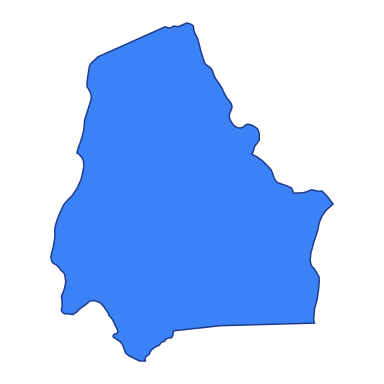 outline of Coolie Town, Laborie, Saint Lucia
{"feature_id": "8701671B72346500642507", "entity_name": "Coolie Town", "entity_type": "district", "adm_level": 2, "iso_a3": "LCA", "parent_name": "Saint Lucia", "parent_adm1": "Laborie", "projection": "mercator", "projection_center": [-60.967, 13.77], "detail": "fine", "context": "isolated", "style": "filled", "palette": "blue", "viewbox_px": 384, "rotation_deg": 0, "n_neighbors": 0, "source": "geoboundaries", "source_scale": "gbopen_adm2", "svg_char_len": 3508}
<svg xmlns="http://www.w3.org/2000/svg" viewBox="0 0 384 384"><path d="M62.8,312.6L65.1,314.0L66.8,313.6L68.6,314.0L72.9,314.5L76.2,312.4L80.5,308.2L82.9,306.6L87.0,303.7L89.8,301.0L94.4,300.6L99.8,302.6L103.1,305.7L108.1,312.9L108.7,315.1L112.6,319.6L115.0,325.0L117.6,330.1L117.9,332.1L116.3,333.9L114.8,333.9L113.3,335.2L113.1,337.0L118.3,340.4L120.3,341.7L122.9,345.3L125.5,352.9L128.7,355.6L132.2,357.4L134.6,358.5L139.4,361.0L141.8,361.0L145.4,361.0L145.0,358.5L146.1,356.5L149.1,354.5L151.1,350.2L155.4,346.9L159.3,345.1L161.5,342.2L164.8,341.3L165.2,339.7L168.9,337.7L171.3,337.9L172.8,335.7L173.5,330.8L220.3,325.7L314.4,323.1L313.7,320.2L313.9,315.7L314.6,308.4L317.0,300.1L318.6,289.4L319.2,281.2L319.0,276.7L314.6,269.2L311.3,265.6L310.2,260.9L310.8,253.4L313.9,242.0L317.7,230.5L319.3,222.5L321.9,216.3L326.1,210.3L332.1,204.9L333.1,204.1L327.3,196.4L322.0,191.0L318.5,191.3L311.5,189.8L306.2,191.9L302.7,192.8L295.9,193.1L293.6,193.1L291.6,188.0L287.5,186.1L277.2,182.5L274.6,179.2L272.5,173.2L271.0,169.6L265.2,163.5L262.3,160.8L257.6,157.2L251.7,154.2L253.2,151.8L254.4,146.9L259.3,140.0L259.3,133.7L257.6,128.9L254.6,126.7L253.3,126.0L252.3,125.4L250.7,124.8L249.4,124.5L248.1,124.2L246.5,124.5L245.0,125.5L243.3,127.1L241.5,127.7L239.9,128.0L238.3,127.8L236.8,127.4L235.5,126.6L234.3,125.7L233.0,124.5L232.1,123.1L231.1,121.7L230.4,120.2L230.0,119.2L229.5,117.8L229.3,116.9L229.3,115.4L229.4,114.5L229.9,113.0L230.3,111.9L230.8,110.7L231.2,110.0L231.7,108.7L232.0,107.2L232.0,106.6L231.8,105.6L231.4,104.3L230.7,102.9L229.0,100.4L227.8,99.2L226.8,97.8L225.9,96.2L225.0,94.7L224.2,93.1L223.4,91.5L222.3,88.9L221.3,87.1L220.1,85.1L219.0,83.5L217.9,81.9L217.0,80.7L216.3,79.7L215.6,78.5L214.8,77.1L214.0,75.5L213.7,74.7L213.2,72.8L212.7,71.6L211.8,69.6L211.3,68.8L210.4,67.9L209.3,66.9L207.7,65.9L206.8,65.2L205.6,64.2L204.9,63.0L204.4,62.2L203.9,60.7L203.3,59.2L202.8,57.3L202.5,56.3L201.8,54.3L201.1,52.2L200.4,49.4L199.8,47.0L199.4,45.3L198.9,43.2L198.3,41.3L198.0,39.9L197.5,38.6L197.0,37.5L196.5,36.3L195.6,34.8L195.0,33.4L194.5,32.1L193.9,30.4L193.7,28.7L193.2,25.9L191.5,24.5L188.6,23.4L186.8,23.0L183.2,24.5L180.6,25.7L179.0,26.4L177.1,26.6L173.8,26.1L170.2,27.9L168.6,27.9L165.1,26.8L101.4,55.3L99.4,56.2L97.8,56.9L94.5,60.2L92.2,62.1L90.9,63.4L89.4,66.3L87.9,75.7L87.1,81.8L87.0,84.8L87.1,86.6L87.9,88.0L90.5,92.7L91.2,95.8L91.3,98.6L88.9,106.5L85.9,115.9L84.5,120.7L84.2,126.1L83.6,130.7L82.1,136.9L79.9,143.6L78.5,147.1L77.7,150.0L76.9,153.0L78.8,154.0L81.9,157.5L83.4,160.8L84.0,165.7L82.2,175.0L80.7,180.6L79.2,183.5L76.8,188.9L74.0,192.8L72.0,195.9L70.3,197.4L69.7,198.0L68.6,199.2L67.3,200.6L66.6,201.3L65.6,202.4L64.9,203.2L64.4,203.9L63.8,204.8L63.2,205.7L62.5,207.3L62.2,208.0L58.7,215.8L56.7,221.1L56.0,223.7L55.2,226.4L55.1,227.2L54.7,230.0L54.7,231.4L54.9,233.1L54.9,235.0L54.8,236.8L54.6,238.2L54.4,240.5L53.9,243.0L53.7,244.5L53.5,245.6L53.0,248.1L52.5,249.9L52.0,251.8L51.6,253.1L51.2,255.2L51.0,256.1L50.9,257.6L51.1,258.5L51.4,260.0L51.7,261.0L52.3,262.3L53.5,263.4L54.2,263.8L55.4,264.4L56.6,265.2L58.1,266.6L59.3,267.7L59.9,268.7L60.9,270.3L61.9,271.1L63.1,272.1L63.9,273.1L64.1,273.5L64.7,274.9L65.0,275.9L65.2,277.3L65.3,278.5L65.4,279.5L65.6,280.5L65.6,282.2L65.6,282.9L65.4,284.3L65.1,285.8L64.7,287.1L64.5,288.2L63.9,290.2L63.2,292.3L62.6,293.5L62.1,294.5L61.7,295.9L61.5,297.0L61.7,298.3L61.9,299.4L61.9,300.6L62.1,302.1L62.1,303.7L62.2,305.5L61.9,307.5L61.5,308.9L61.3,310.0L62.0,311.5L62.8,312.6Z" fill="#3b82f6" stroke="#1e3a8a" stroke-width="1.5"/></svg>